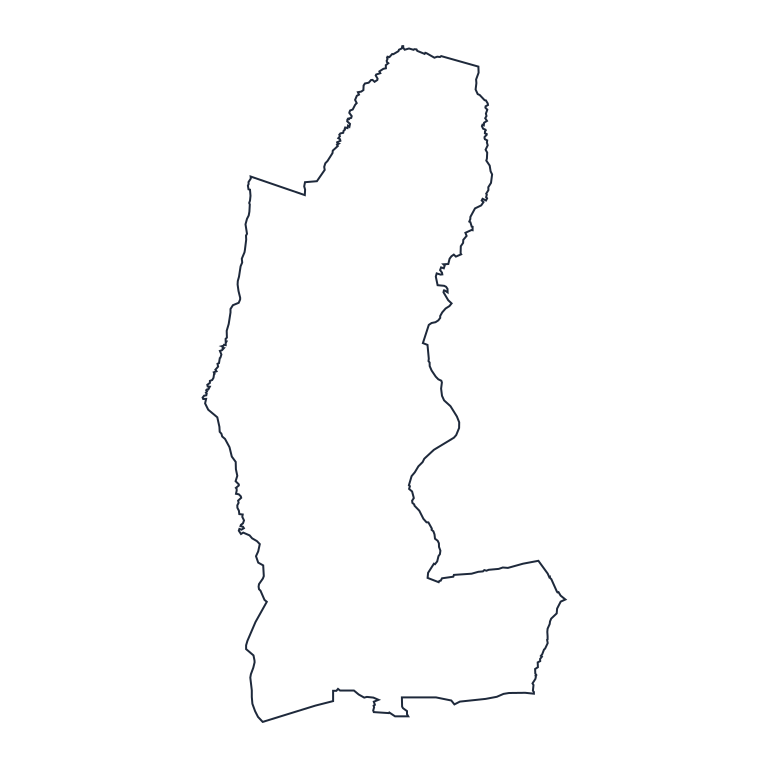 the district of Beleti-Negresti, Arges, Romania
{"feature_id": "2599482B55152385179350", "entity_name": "Beleti-Negresti", "entity_type": "district", "adm_level": 2, "iso_a3": "ROU", "parent_name": "Romania", "parent_adm1": "Arges", "projection": "orthographic", "projection_center": [25.074, 44.954], "detail": "fine", "context": "isolated", "style": "outline", "palette": "slate", "viewbox_px": 768, "rotation_deg": 0, "n_neighbors": 0, "source": "geoboundaries", "source_scale": "gbopen_adm2", "svg_char_len": 6071}
<svg xmlns="http://www.w3.org/2000/svg" viewBox="0 0 768 768"><path d="M533.9,693.7L533.9,692.0L532.9,690.7L533.5,685.0L532.5,683.4L535.4,678.9L535.9,676.6L535.5,675.8L536.3,675.0L535.3,673.6L535.1,669.0L537.9,667.2L537.7,662.4L540.2,661.1L540.1,658.9L541.9,656.7L540.9,655.9L542.2,654.3L544.0,649.6L545.1,648.6L547.7,643.1L547.1,639.8L547.6,639.3L547.6,636.4L547.3,631.9L547.6,628.7L549.7,624.0L550.0,621.5L551.2,618.6L556.7,613.4L557.1,608.6L560.7,601.6L565.4,599.5L560.6,595.6L558.5,592.1L557.5,592.4L556.9,591.6L551.3,579.1L550.1,578.0L549.9,576.8L549.3,577.2L547.7,573.6L538.4,560.8L523.0,563.7L507.9,567.9L502.8,567.5L498.7,568.9L488.7,569.8L486.5,570.7L484.3,570.1L482.9,571.4L478.3,571.8L471.6,573.7L453.9,574.9L453.3,576.7L442.0,578.3L440.7,580.7L439.4,580.9L438.7,582.2L427.6,577.9L428.1,572.8L433.9,563.7L435.0,564.2L437.2,561.4L438.5,556.1L439.9,554.2L440.4,550.7L439.0,546.9L438.9,543.3L437.7,540.8L435.0,538.7L434.5,534.4L433.4,531.3L431.6,529.8L431.8,528.5L428.4,522.4L426.5,522.3L423.4,518.8L419.3,510.7L414.5,505.7L414.2,504.4L412.4,502.9L412.1,500.7L413.8,498.1L413.5,496.8L412.1,491.5L409.1,488.9L409.9,486.2L408.9,485.3L411.6,476.1L414.8,472.3L418.4,466.3L422.6,462.1L424.3,458.7L433.9,449.8L453.9,437.7L456.2,435.1L459.1,428.0L459.2,422.3L456.9,416.5L450.5,406.2L444.1,400.4L442.0,395.8L441.1,388.6L441.9,382.4L441.3,380.7L438.3,379.3L435.7,376.6L431.6,370.5L429.7,366.1L429.6,362.5L428.5,361.1L428.8,358.8L427.5,344.9L422.9,343.1L428.8,324.9L431.6,323.0L435.5,322.2L438.3,320.4L440.2,317.9L440.2,316.0L442.2,312.4L445.6,308.5L449.4,306.1L451.6,303.4L448.2,300.2L443.5,292.3L443.9,290.4L444.6,290.4L447.6,292.4L447.5,288.9L446.1,286.8L444.1,285.8L437.6,285.2L435.8,276.6L436.7,273.4L440.6,274.6L442.3,274.4L442.0,272.7L440.1,270.1L441.1,267.4L443.8,268.3L444.7,265.6L443.4,264.3L448.3,264.0L449.6,258.7L451.4,256.3L453.8,254.6L455.9,256.6L461.2,254.3L460.6,253.3L460.8,246.2L463.1,242.9L463.3,239.8L466.6,235.9L465.4,232.8L471.5,230.0L472.6,230.2L472.6,226.8L471.7,226.6L470.4,222.2L469.3,221.6L470.3,219.1L470.4,216.9L475.0,208.4L481.2,205.4L483.5,202.1L481.7,200.5L482.6,198.8L486.0,200.5L487.1,198.3L486.1,197.2L486.8,194.7L486.2,193.7L488.4,190.1L488.3,187.2L491.0,182.9L492.1,174.4L490.6,171.3L489.7,165.6L486.3,160.6L486.9,158.6L487.2,152.6L485.6,149.7L487.7,145.3L486.9,142.6L487.2,140.4L484.9,139.2L484.5,138.0L484.6,136.9L486.7,134.8L486.7,134.0L484.9,133.3L485.0,131.4L485.8,130.3L485.5,129.7L483.1,128.7L481.9,126.1L482.5,124.7L483.8,125.3L484.1,122.7L487.0,120.9L485.2,118.2L486.5,116.0L485.9,113.6L487.3,109.7L485.4,107.7L485.6,106.3L488.0,105.0L487.7,103.4L485.9,100.4L484.6,100.2L479.7,95.0L477.7,94.1L475.6,89.5L476.4,83.1L476.1,79.5L478.6,72.7L478.4,66.6L441.2,56.1L440.0,57.0L437.2,56.7L434.4,57.7L426.5,53.2L425.3,52.8L424.6,53.9L417.3,50.9L416.5,49.4L414.3,49.2L413.5,49.8L409.0,48.5L404.7,49.7L403.3,47.9L403.2,46.1L402.3,46.1L401.7,48.5L399.0,49.7L398.4,51.2L393.3,54.2L392.2,54.0L389.4,57.1L387.5,56.7L387.0,57.8L387.6,58.8L386.7,60.7L386.9,62.0L388.3,63.2L385.8,65.2L385.9,68.3L383.4,68.8L379.4,71.4L380.3,73.2L376.2,74.5L375.7,75.5L377.6,78.7L377.3,80.0L374.6,81.8L372.5,79.9L371.1,80.0L368.7,82.7L364.9,83.5L363.6,85.5L363.4,90.1L361.2,91.6L357.9,92.2L359.0,94.6L356.8,95.8L355.1,99.9L356.7,103.1L355.2,104.7L352.7,109.5L350.1,110.5L349.5,112.0L349.3,112.9L351.7,116.1L351.2,117.9L348.3,118.6L348.7,119.3L347.4,119.7L347.2,121.3L350.0,123.9L349.4,126.8L348.0,125.7L347.5,128.1L345.2,127.5L344.7,128.9L345.0,129.6L343.6,130.8L343.2,132.8L340.4,133.4L339.3,134.7L339.9,136.3L338.3,138.2L340.0,139.2L340.4,140.8L337.1,142.3L337.5,143.6L338.5,143.8L337.0,144.8L337.8,146.0L332.8,150.6L332.5,153.1L327.5,161.0L325.3,163.3L324.2,166.9L324.7,169.9L316.9,181.2L305.0,182.2L304.2,186.4L305.1,189.6L304.8,195.1L250.6,176.5L250.8,178.5L248.5,182.1L248.6,184.1L247.9,185.6L248.5,189.3L250.0,189.7L250.5,195.8L250.0,200.6L249.2,203.0L249.8,204.4L249.4,211.7L248.7,215.5L247.0,218.8L245.5,224.3L247.0,233.8L246.0,235.6L246.2,239.6L244.9,250.0L244.5,252.3L241.8,258.7L242.2,262.5L240.6,266.3L239.0,276.7L237.8,281.0L237.6,284.5L238.5,291.0L240.2,297.9L240.1,299.6L238.7,302.8L232.9,305.2L230.5,309.0L230.5,312.5L228.7,324.0L226.7,330.8L226.9,337.6L225.6,338.9L225.7,341.5L226.5,341.5L225.7,343.0L225.7,345.1L224.0,344.8L223.4,345.8L221.9,346.2L222.7,346.5L222.6,347.9L223.9,348.1L222.0,350.2L219.9,350.9L221.4,354.5L220.4,357.7L219.8,358.1L219.0,363.1L217.5,363.8L218.1,366.6L215.4,369.7L216.5,371.3L213.8,372.3L214.5,373.6L214.1,373.7L213.5,377.8L212.2,380.0L209.9,380.9L209.9,382.9L207.3,384.8L207.7,386.5L209.8,386.7L208.3,389.5L207.2,389.3L206.2,390.2L207.0,391.4L205.9,392.7L206.7,393.6L206.3,395.3L204.1,395.7L202.6,397.6L203.2,399.0L206.1,398.9L205.1,403.4L208.2,409.7L217.3,417.3L219.4,426.8L219.7,431.8L221.4,433.7L222.2,436.5L225.0,438.9L229.5,447.2L231.8,456.6L235.7,461.9L235.9,469.2L237.3,475.8L235.6,481.2L238.8,484.4L238.8,485.5L235.9,487.9L236.6,488.7L236.7,490.5L236.0,493.8L238.8,494.3L240.8,496.3L241.2,497.8L238.1,500.6L238.6,502.8L237.3,505.3L237.4,507.8L238.9,510.7L239.3,514.1L242.7,514.5L242.3,516.9L244.0,520.4L243.0,523.3L240.9,524.9L240.5,526.1L243.0,526.8L243.9,528.2L241.4,529.7L239.4,528.9L238.8,530.7L241.0,534.0L243.2,532.6L249.6,535.4L252.1,538.3L256.9,541.1L259.8,544.1L258.2,551.4L256.0,556.2L258.2,562.6L263.2,565.4L263.8,576.1L262.9,578.5L259.0,584.1L258.6,586.6L259.0,589.2L260.5,590.7L264.5,599.9L266.8,601.8L255.5,622.0L247.4,640.9L246.1,645.3L246.1,649.1L253.5,655.4L254.5,660.5L254.6,662.3L253.3,667.7L250.9,674.2L250.3,677.6L251.8,690.4L251.8,697.0L252.4,703.8L255.1,711.2L258.0,716.9L262.7,721.9L315.4,705.6L333.1,701.1L333.1,690.8L336.4,690.8L338.0,688.9L340.0,690.5L353.9,690.5L358.7,694.5L364.2,697.6L366.9,696.9L373.4,697.6L378.5,699.8L373.8,701.7L374.9,704.8L373.6,705.7L374.1,707.3L373.2,710.5L373.8,712.1L388.8,713.1L389.3,712.5L395.0,716.3L408.2,716.3L407.0,714.2L407.0,711.1L403.0,708.2L402.1,706.6L401.9,697.4L436.0,697.4L451.3,700.5L454.4,704.4L459.9,701.6L485.6,698.9L496.8,696.8L503.5,693.9L509.0,693.0L525.2,692.8L533.9,693.7Z" fill="none" stroke="#1e293b" stroke-width="2"/></svg>